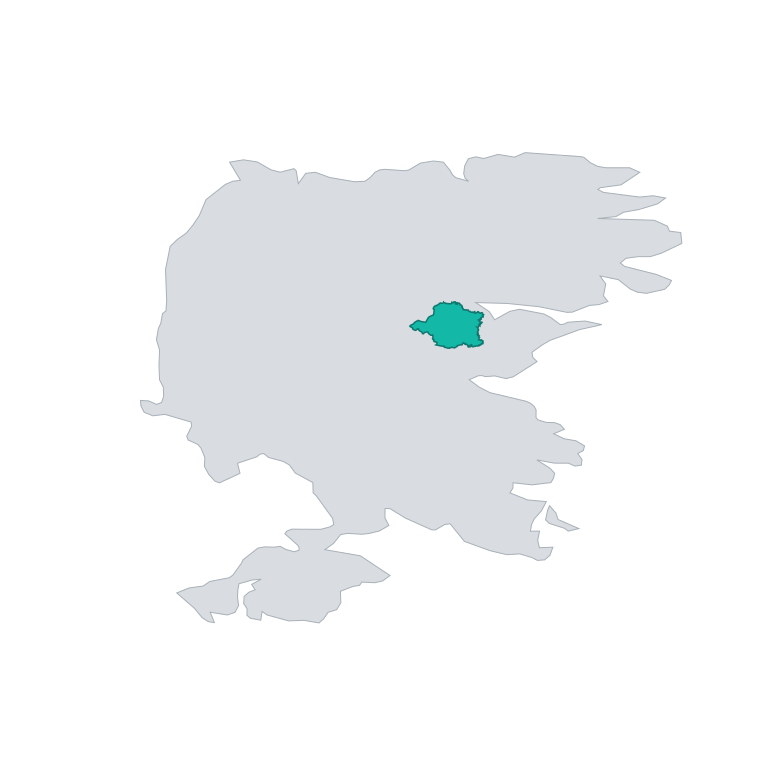 Killaloe Lea-5, Clare, Ireland (highlighted), rotated 197°
{"feature_id": "5873133B2483267720769", "entity_name": "Killaloe Lea-5", "entity_type": "district", "adm_level": 2, "iso_a3": "IRL", "parent_name": "Ireland", "parent_adm1": "Clare", "projection": "natural_earth1", "projection_center": [-8.743, 52.879], "detail": "fine", "context": "in_parent", "style": "filled", "palette": "teal", "viewbox_px": 768, "rotation_deg": 197, "n_neighbors": 0, "source": "geoboundaries", "source_scale": "gbopen_adm2", "svg_char_len": 9390}
<svg xmlns="http://www.w3.org/2000/svg" viewBox="0 0 768 768"><g transform="rotate(197 384 384)"><path d="M492.9,144.2L475.5,153.4L472.8,156.8L468.0,170.7L467.4,174.7L456.6,190.2L450.4,193.4L441.2,195.9L435.9,198.4L429.3,197.1L420.9,197.3L416.8,200.1L417.0,202.2L419.5,204.7L435.0,211.8L434.1,214.8L429.8,218.2L402.1,226.5L393.8,231.6L391.0,234.9L393.9,240.5L416.1,257.3L419.9,259.1L423.2,268.9L442.8,272.9L450.9,279.0L457.8,280.5L472.8,280.0L478.8,282.3L482.2,280.5L484.2,277.3L500.9,265.4L495.6,256.5L512.4,241.4L517.1,241.6L525.0,246.2L531.6,252.6L533.8,261.3L540.1,269.0L544.1,271.7L554.9,273.2L557.4,276.3L555.6,287.5L557.3,291.2L584.7,290.9L595.7,286.0L605.2,286.9L610.0,291.9L612.1,297.1L604.0,299.0L595.4,298.0L591.3,301.4L591.1,307.9L594.1,316.4L599.9,322.4L604.6,335.9L608.6,350.9L614.6,359.9L616.0,371.2L615.2,376.7L616.4,386.6L613.9,390.1L616.0,399.5L626.4,429.6L628.7,453.1L623.9,461.9L617.3,470.3L613.1,480.3L609.9,491.0L608.1,508.3L594.0,528.6L587.9,533.7L580.8,536.8L596.5,551.0L583.9,557.3L570.1,559.3L554.7,555.8L545.2,556.2L533.1,563.6L530.3,562.2L524.5,550.6L520.4,562.6L511.6,566.4L496.4,565.6L471.2,568.8L461.5,572.3L457.5,577.6L454.5,583.9L450.6,587.5L446.1,589.5L426.6,594.0L422.8,595.9L413.8,605.9L401.9,611.7L392.1,613.5L383.3,607.6L379.7,604.1L375.7,602.3L362.3,602.6L366.5,604.4L369.3,608.5L370.6,616.4L369.1,624.2L362.5,628.1L354.6,628.8L342.1,636.9L325.6,639.1L316.7,646.5L262.1,659.0L259.0,659.2L251.5,656.0L243.4,654.6L235.2,655.6L212.3,662.6L201.3,661.2L215.5,643.8L234.5,635.0L236.4,632.6L230.2,631.4L194.2,637.5L181.7,642.7L169.1,644.2L175.0,636.3L191.2,625.4L205.1,618.3L211.2,611.9L228.2,604.7L173.4,619.6L159.1,617.8L155.7,613.6L144.5,615.6L140.3,605.5L157.0,590.2L166.7,583.6L178.2,580.1L189.3,575.0L193.4,568.8L188.2,566.8L155.2,568.4L139.3,567.1L140.2,562.2L143.2,556.7L159.6,547.4L168.5,545.9L176.4,546.8L190.4,552.3L209.0,550.5L201.2,544.5L199.9,532.4L194.0,528.4L201.6,522.8L210.4,519.3L224.9,507.8L230.0,506.0L258.7,503.2L289.5,497.1L320.1,488.7L304.5,484.0L297.0,477.8L284.9,490.3L276.2,495.1L251.6,497.7L243.9,496.3L232.9,492.4L229.5,493.8L226.3,496.8L210.1,503.0L193.0,504.5L212.9,493.2L238.2,474.1L243.8,468.0L251.8,457.6L249.4,452.9L244.2,450.2L262.5,428.7L268.9,424.8L280.5,424.1L289.1,420.7L292.9,420.7L296.3,419.4L303.8,413.0L292.2,408.9L280.3,406.7L243.4,409.0L238.5,408.5L233.9,406.5L231.0,403.7L228.8,396.3L226.1,394.7L217.7,394.7L209.5,396.9L203.8,396.7L198.2,393.5L207.2,386.0L195.7,384.3L183.9,385.8L174.2,383.5L173.9,378.8L178.4,374.1L172.6,369.7L171.5,364.1L177.6,361.3L184.4,362.2L198.1,358.1L215.7,356.1L200.7,352.0L194.7,348.5L194.4,343.1L195.6,338.5L213.1,330.8L231.7,327.3L230.3,322.2L231.7,316.7L212.9,315.1L194.4,319.0L196.4,308.5L200.9,299.0L201.8,292.7L201.0,286.0L192.3,288.8L191.3,279.4L187.6,272.9L174.8,277.3L175.2,268.8L178.9,262.8L185.6,260.2L192.3,261.3L204.6,261.2L216.6,256.7L233.8,255.6L261.1,257.0L279.9,269.7L284.8,267.4L292.3,259.4L295.9,258.5L324.2,262.0L341.9,266.6L346.6,265.2L344.0,256.3L338.0,250.1L345.6,242.0L354.8,236.6L361.0,233.9L375.2,230.5L381.5,227.3L385.6,216.9L392.1,208.3L356.4,212.8L322.3,202.6L327.7,195.3L334.9,191.2L347.3,188.1L348.5,184.3L354.7,181.2L365.1,173.0L361.3,162.2L363.3,154.4L370.7,149.3L373.0,141.9L376.3,136.5L391.4,134.6L405.9,129.6L428.3,128.9L434.1,130.9L432.8,122.1L443.3,120.9L447.4,122.7L449.2,129.0L454.0,133.0L455.6,140.0L452.4,145.3L447.1,149.5L452.0,153.7L444.4,161.4L452.6,158.1L464.3,150.6L463.6,144.5L461.6,136.8L458.3,129.8L459.7,122.1L466.3,117.3L483.5,114.9L476.4,106.2L482.6,105.4L489.5,107.3L499.6,114.0L521.1,123.6L510.7,132.0L497.9,137.9L492.9,144.2ZM190.6,312.0L190.1,316.0L181.9,310.9L177.9,305.3L155.4,302.7L164.8,297.2L169.4,298.8L185.3,299.0L189.8,301.4L190.6,312.0Z" fill="#d9dde1" stroke="#a8b0b8" stroke-width="1"/><path d="M372.4,444.8L369.9,444.4L369.1,444.8L368.8,445.4L368.6,445.6L368.5,446.1L368.3,446.3L368.0,446.3L367.7,446.8L367.1,446.8L366.7,446.6L366.7,446.3L366.8,446.1L366.5,445.9L366.2,445.5L364.7,445.0L363.4,444.9L362.7,444.6L362.3,443.9L362.2,443.5L362.3,443.5L362.1,443.4L360.9,443.6L360.4,445.0L358.1,446.4L357.4,446.6L356.8,446.0L356.2,445.2L355.3,445.0L353.6,444.3L352.8,444.5L352.1,445.0L351.6,445.1L351.5,444.6L351.3,444.0L350.7,442.9L350.7,442.3L350.9,441.8L350.7,441.7L350.6,441.3L350.0,441.2L349.9,441.1L350.0,441.0L350.0,440.9L349.2,441.0L348.9,440.1L349.0,439.7L348.7,439.3L347.7,439.2L346.5,439.3L346.1,439.5L345.5,438.9L345.1,438.2L345.1,437.5L345.8,436.6L341.6,436.9L339.9,437.1L339.0,437.3L338.4,437.6L337.7,437.8L337.5,437.1L336.8,436.7L335.9,437.0L335.5,436.9L335.0,437.2L334.8,437.1L334.6,436.9L333.2,437.0L332.6,437.3L332.3,437.2L331.8,437.4L331.4,437.8L331.5,438.1L330.4,438.4L330.2,438.5L330.1,438.8L329.8,439.0L328.6,439.0L327.9,439.2L327.3,439.0L326.2,440.1L325.9,440.6L325.1,441.1L325.1,441.4L325.3,441.8L324.9,442.3L323.7,442.8L322.9,443.5L322.2,443.9L321.2,444.1L320.7,444.4L320.6,444.6L320.7,445.0L320.7,445.5L320.6,445.9L320.5,446.1L320.2,446.3L319.8,446.7L319.7,446.6L319.8,446.4L318.9,446.0L318.4,446.3L318.3,445.9L318.0,445.6L317.7,445.6L317.4,445.9L317.3,446.2L317.0,446.3L316.9,446.2L316.4,445.9L316.1,445.7L315.7,445.8L315.4,445.7L315.2,445.3L314.7,445.3L314.7,445.0L314.5,444.8L314.6,444.3L314.2,444.0L313.7,444.6L313.1,444.8L312.7,444.6L312.7,445.0L313.1,445.1L313.2,445.4L313.1,445.6L313.1,445.9L312.9,446.1L312.5,446.5L311.9,447.2L311.7,447.2L311.5,446.9L311.5,446.3L311.5,445.7L311.2,445.6L310.7,445.9L310.4,445.6L310.2,445.6L309.6,445.6L309.4,445.9L308.7,446.3L308.4,446.6L307.9,446.7L307.6,446.9L307.4,446.9L307.3,447.1L306.7,447.5L306.1,447.8L305.8,447.7L305.7,447.9L305.3,448.0L305.0,448.0L304.7,448.3L304.5,448.2L304.4,448.3L304.5,448.8L304.1,448.7L304.0,449.1L303.5,449.3L303.6,449.5L303.0,449.7L302.8,449.9L302.7,450.1L302.9,450.4L302.7,450.5L302.5,450.8L302.3,451.2L302.1,451.0L301.8,451.2L301.4,451.3L301.1,451.5L301.2,451.9L301.8,452.4L301.7,452.7L301.6,452.8L301.5,453.2L301.8,453.6L302.1,453.6L302.2,454.1L302.4,454.0L303.0,454.0L303.3,454.3L303.4,454.6L303.9,454.7L304.2,454.5L304.2,454.3L304.6,454.0L304.9,454.2L305.3,454.0L305.5,454.2L305.9,454.4L306.2,454.3L306.1,454.5L306.4,454.8L306.6,455.2L306.5,455.5L306.5,455.9L306.4,456.1L306.5,456.3L306.3,456.6L307.0,457.0L307.2,456.9L307.3,456.9L307.2,457.3L307.6,457.5L307.6,457.8L307.4,458.1L307.9,458.1L308.0,458.3L308.2,458.2L308.1,458.5L308.6,458.6L308.7,458.4L309.3,458.6L309.1,458.9L308.6,459.2L308.8,459.5L308.8,459.9L308.7,460.1L308.9,460.3L309.3,460.1L309.7,460.4L309.7,460.5L309.8,460.6L309.8,460.8L309.7,461.4L309.5,461.8L309.7,462.0L309.7,462.4L309.6,462.5L309.3,463.1L309.5,463.6L310.0,463.4L310.1,463.5L310.1,463.8L310.4,464.1L310.6,464.1L310.3,464.2L310.1,464.4L310.5,464.9L311.5,465.5L310.9,465.5L310.7,465.8L310.7,466.0L310.4,466.1L310.4,466.8L310.2,467.0L310.1,467.3L310.3,467.5L309.9,467.8L309.3,467.6L309.7,468.8L309.9,468.8L309.4,469.2L309.5,469.3L309.3,469.3L309.2,469.7L309.3,469.9L309.6,469.9L309.3,470.2L308.8,470.4L308.8,470.9L308.5,470.9L308.5,471.4L308.3,471.6L308.5,471.8L309.1,471.6L309.2,471.4L310.0,471.1L310.2,471.3L311.1,471.8L310.9,472.2L311.0,472.4L310.8,472.5L310.8,472.8L310.7,472.9L310.7,473.0L311.2,472.9L311.1,473.2L311.4,473.3L312.0,473.2L311.6,473.6L311.5,473.9L311.1,474.0L310.8,474.0L310.1,474.2L309.9,474.5L310.0,474.8L310.5,474.9L310.7,475.5L310.7,475.8L310.3,476.0L310.1,476.3L309.8,476.5L309.7,476.7L309.4,477.0L309.5,477.2L308.9,477.1L309.0,477.7L308.9,477.9L309.1,478.3L309.1,478.6L309.3,478.6L309.6,479.0L309.4,479.3L309.3,479.5L309.8,479.5L310.2,479.6L310.4,479.8L310.4,480.2L310.6,480.3L310.7,480.7L311.1,480.6L311.4,480.7L311.5,480.5L311.9,480.4L312.0,480.2L312.3,480.1L312.5,480.1L312.6,479.9L313.1,479.8L314.5,480.3L314.7,480.7L314.8,480.7L315.1,480.4L315.6,480.4L315.5,479.9L315.9,479.8L316.0,479.5L316.4,479.0L317.4,478.5L317.8,478.7L318.1,478.6L318.0,479.1L318.2,479.5L318.4,479.8L318.5,479.7L318.6,479.2L319.0,479.2L319.3,478.7L320.1,478.7L320.4,478.5L320.5,478.6L321.0,478.3L321.2,478.2L321.8,478.3L322.4,478.1L322.7,478.5L322.9,478.3L323.5,478.4L324.4,478.7L324.7,479.0L324.8,478.9L325.1,478.9L325.2,479.1L325.3,479.0L325.7,479.2L326.2,478.9L326.5,479.0L326.8,478.9L327.1,479.0L327.8,478.5L328.3,478.5L328.7,478.6L329.2,478.4L329.6,478.6L330.0,478.4L330.0,478.7L330.6,479.4L331.8,480.1L331.5,480.4L331.5,480.5L332.1,481.3L332.8,481.8L332.9,482.0L333.2,481.9L333.4,482.0L334.4,481.9L334.6,482.1L334.9,482.9L335.1,482.9L335.2,483.1L335.8,483.3L336.1,483.0L337.1,483.1L337.0,482.8L337.6,482.6L337.9,482.7L337.8,482.2L337.9,481.9L337.6,481.6L338.1,481.6L338.9,481.5L339.3,482.3L339.2,482.8L339.8,483.4L341.0,483.0L340.9,482.8L341.2,482.5L341.1,482.2L341.3,482.0L341.7,482.0L341.9,481.9L343.0,482.1L343.1,481.1L343.0,480.6L344.2,480.0L344.7,480.0L345.5,479.7L346.2,479.7L347.3,479.3L347.9,479.2L348.2,479.3L348.3,479.2L349.1,479.4L349.4,479.2L350.3,479.3L350.9,479.7L350.9,479.0L351.2,478.6L351.6,478.4L352.7,478.0L353.2,478.1L353.8,477.9L353.8,477.7L354.5,477.3L354.6,476.7L355.3,476.1L355.4,475.8L355.7,475.4L355.8,475.1L356.1,474.7L356.4,474.5L356.7,474.6L357.0,474.5L357.0,474.4L356.9,474.2L357.4,473.8L358.2,473.4L358.7,472.5L358.9,471.8L358.9,470.9L359.0,470.7L359.0,470.4L358.5,470.1L358.0,470.0L357.6,469.7L357.5,469.0L357.6,468.5L357.3,467.9L356.9,464.6L360.3,461.6L361.0,460.5L362.2,455.2L366.7,454.6L370.0,454.8L372.7,451.9L373.4,450.0L375.4,448.3L376.2,446.9L376.0,446.6L373.1,446.0L372.4,444.8Z" fill="#14b8a6" stroke="#0f766e" stroke-width="1.5"/></g></svg>